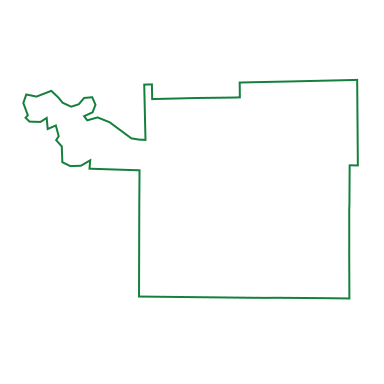 the district of Jefferson, Arkansas, United States of America, rotated 179°
{"feature_id": "52423323B11311228308505", "entity_name": "Jefferson", "entity_type": "district", "adm_level": 2, "iso_a3": "USA", "parent_name": "United States of America", "parent_adm1": "Arkansas", "projection": "albers", "projection_center": [-91.753, 34.278], "detail": "fine", "context": "isolated", "style": "outline", "palette": "green", "viewbox_px": 384, "rotation_deg": 179, "n_neighbors": 0, "source": "geoboundaries", "source_scale": "gbopen_adm2", "svg_char_len": 868}
<svg xmlns="http://www.w3.org/2000/svg" viewBox="0 0 384 384"><g transform="rotate(179 192 192)"><path d="M24.9,301.2L93.7,300.8L127.8,300.7L142.4,300.6L142.5,285.8L147.2,285.7L186.2,285.9L230.2,285.6L230.2,300.3L237.9,300.2L237.6,244.9L243.9,245.3L251.7,246.7L273.2,263.2L285.1,268.2L295.5,265.5L298.5,269.7L290.0,273.4L287.0,280.9L290.1,288.5L298.2,287.9L303.7,281.7L311.3,279.4L319.8,283.5L324.0,288.8L330.9,295.6L345.9,290.1L356.0,292.4L359.1,283.9L354.8,271.6L357.1,269.1L353.2,265.2L342.3,264.7L336.0,268.6L335.2,257.5L327.0,260.9L324.3,250.1L326.9,246.2L321.4,239.8L321.1,224.0L313.1,220.0L302.6,220.2L293.2,225.5L294.1,217.1L244.1,214.6L245.0,177.1L246.8,88.4L134.1,85.2L117.5,84.8L111.0,84.8L63.5,83.6L36.5,82.8L35.9,127.0L35.7,136.7L35.1,171.5L34.8,177.3L34.6,186.3L33.9,215.9L25.7,215.7L24.9,301.2Z" fill="none" stroke="#15803d" stroke-width="2"/></g></svg>